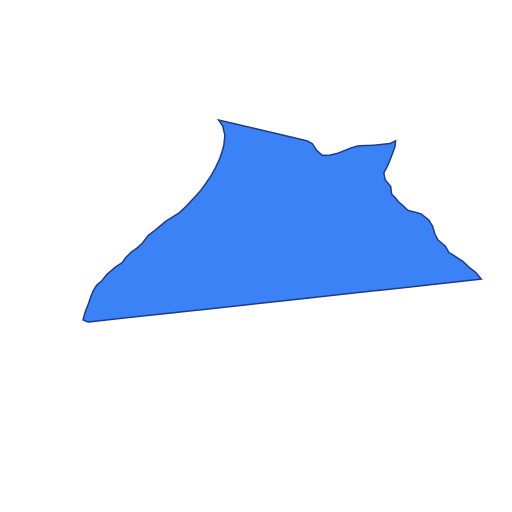 outline of Rio do Fogo, Rio Grande do Norte, Brazil, rotated 239°
{"feature_id": "56859067B74826707647635", "entity_name": "Rio do Fogo", "entity_type": "district", "adm_level": 2, "iso_a3": "BRA", "parent_name": "Brazil", "parent_adm1": "Rio Grande do Norte", "projection": "robinson", "projection_center": [-35.391, -5.362], "detail": "fine", "context": "isolated", "style": "filled", "palette": "blue", "viewbox_px": 512, "rotation_deg": 239, "n_neighbors": 0, "source": "geoboundaries", "source_scale": "gbopen_adm2", "svg_char_len": 1101}
<svg xmlns="http://www.w3.org/2000/svg" viewBox="0 0 512 512"><g transform="rotate(239 256 256)"><path d="M391.8,294.0L384.5,294.4L375.5,291.5L367.8,285.7L363.2,281.0L358.2,275.1L352.3,266.4L347.9,258.7L345.5,253.4L341.1,243.6L338.7,236.2L336.5,228.5L334.5,221.4L332.6,212.7L332.4,205.3L332.3,196.6L330.4,185.1L329.1,174.0L325.5,165.1L324.1,158.2L323.6,151.1L321.8,143.7L319.2,137.6L319.0,130.0L317.1,119.0L314.1,110.8L313.1,104.7L310.0,98.5L306.0,93.2L301.3,87.7L295.9,80.6L290.3,74.8L285.8,78.1L269.6,113.6L229.8,199.3L212.3,237.4L188.3,289.4L179.4,308.8L165.7,338.6L161.4,347.5L120.2,437.2L129.1,435.8L135.5,433.2L144.9,430.5L151.5,427.3L159.7,423.2L167.0,423.3L176.1,420.2L182.6,420.6L190.5,422.7L198.0,422.6L206.9,419.2L211.3,415.3L216.8,409.7L222.5,408.2L228.5,406.2L234.1,405.4L239.1,404.1L246.1,407.2L255.1,406.0L261.4,408.4L266.4,416.5L271.8,423.6L278.1,431.4L282.8,435.0L283.3,429.1L290.3,413.9L295.3,405.0L298.0,399.7L299.6,393.3L302.0,378.8L304.8,370.1L308.4,364.5L315.4,362.4L323.1,362.1L328.3,359.2L337.8,349.5L391.8,294.0Z" fill="#3b82f6" stroke="#1e3a8a" stroke-width="1.5"/></g></svg>